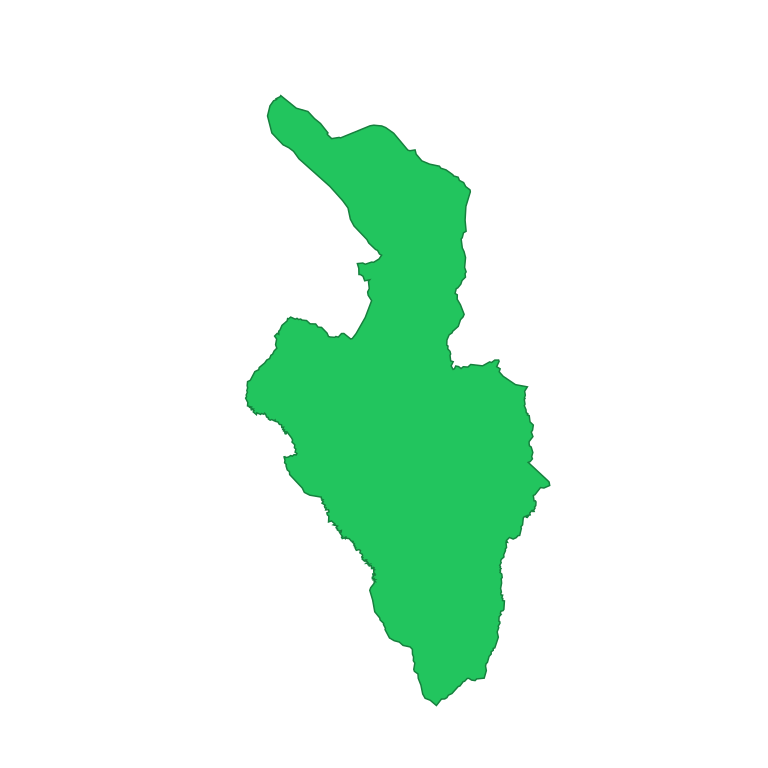 outline of Kishapu, Shinyanga, United Republic of Tanzania, rotated 43°
{"feature_id": "72390352B32869277898143", "entity_name": "Kishapu", "entity_type": "district", "adm_level": 2, "iso_a3": "TZA", "parent_name": "United Republic of Tanzania", "parent_adm1": "Shinyanga", "projection": "mercator", "projection_center": [33.788, -3.68], "detail": "fine", "context": "isolated", "style": "filled", "palette": "green", "viewbox_px": 768, "rotation_deg": 43, "n_neighbors": 0, "source": "geoboundaries", "source_scale": "gbopen_adm2", "svg_char_len": 6146}
<svg xmlns="http://www.w3.org/2000/svg" viewBox="0 0 768 768"><g transform="rotate(43 384 384)"><path d="M110.1,252.2L110.9,258.3L116.0,267.4L130.8,276.9L147.1,277.9L153.2,276.1L159.2,275.5L168.2,277.3L209.7,276.4L228.7,278.1L237.6,279.8L247.0,286.4L254.3,288.9L273.0,290.0L276.7,291.3L286.0,291.4L288.2,290.7L292.0,292.0L294.4,291.4L295.1,296.0L293.4,302.1L291.8,303.3L288.6,309.2L286.0,310.0L282.4,314.1L286.7,316.6L291.0,321.0L292.2,320.0L295.2,319.5L299.5,321.7L302.5,317.5L302.7,319.6L308.2,324.3L309.3,327.9L311.9,329.9L318.1,331.5L324.9,348.1L329.2,366.1L329.8,372.4L328.9,373.8L320.2,374.4L318.5,376.1L318.6,380.9L316.4,382.1L316.1,383.5L312.5,386.4L311.0,387.1L307.6,385.6L299.7,385.2L297.0,387.4L293.1,386.7L288.9,390.4L284.1,390.4L280.4,393.2L278.8,393.3L277.5,395.1L275.6,395.3L274.9,397.1L270.1,398.7L269.7,401.6L268.9,401.9L270.1,403.9L269.4,410.7L271.1,415.5L271.0,417.2L273.1,419.4L271.4,419.7L271.3,423.6L274.8,424.3L277.9,429.2L281.2,430.9L281.1,434.7L282.2,438.2L281.7,440.1L283.0,443.4L281.9,446.4L282.4,450.1L281.5,457.0L282.6,459.0L281.1,463.0L283.7,472.5L282.6,475.3L285.0,478.5L286.9,479.8L288.2,482.4L289.7,483.2L290.7,486.0L292.2,487.1L292.4,488.7L297.0,490.4L299.1,493.1L302.4,491.4L302.0,492.6L304.0,491.9L303.9,493.0L304.6,493.4L305.6,491.6L305.8,492.3L307.0,492.0L307.4,493.6L311.6,493.4L310.6,491.8L314.5,490.4L314.5,489.2L316.8,488.0L316.6,486.8L318.0,486.8L320.7,488.2L322.1,487.5L323.2,488.4L325.4,488.1L326.2,486.5L328.8,485.8L328.9,484.6L330.0,485.4L332.4,484.1L335.0,484.9L336.8,483.7L338.9,485.5L340.0,484.1L341.0,486.4L342.4,485.5L342.7,486.8L344.4,486.1L344.6,487.3L345.8,487.8L346.4,487.2L345.8,485.2L353.2,486.5L355.4,487.3L356.3,489.2L360.2,489.3L361.9,491.7L363.9,491.7L365.5,494.5L367.7,494.1L368.2,495.7L366.4,497.0L366.2,499.3L364.6,499.9L363.9,502.7L362.1,505.0L361.1,504.7L360.6,505.5L363.6,507.3L365.0,509.4L367.4,509.5L368.2,510.7L371.8,512.8L374.6,512.6L376.8,514.6L395.1,515.8L399.7,517.6L405.6,515.9L415.3,509.5L416.7,510.8L418.3,510.2L418.1,511.4L419.9,511.5L419.9,513.4L423.7,512.7L423.8,514.0L425.2,514.8L426.3,514.1L427.2,515.9L429.1,513.8L431.0,515.0L430.1,517.2L431.7,518.3L433.8,518.3L437.5,522.7L439.0,519.9L443.6,519.9L443.0,521.6L446.9,519.6L447.0,521.8L449.0,521.7L449.2,522.5L451.6,522.2L452.7,520.2L453.7,521.5L453.0,522.9L457.7,523.9L457.4,525.0L458.9,525.5L460.0,523.5L461.0,523.5L460.2,522.4L460.6,521.8L461.5,522.6L464.1,520.8L467.2,521.2L468.7,520.3L468.9,521.3L471.4,521.1L471.7,522.4L472.8,522.2L473.4,523.2L474.8,522.9L475.1,523.8L477.2,524.5L478.7,522.1L480.4,521.8L481.5,523.9L484.0,523.4L485.2,523.9L485.9,525.3L485.2,526.0L486.9,525.4L487.3,526.9L490.4,526.9L490.3,525.4L491.2,524.5L491.9,526.1L492.6,525.3L493.9,525.6L493.5,527.1L494.7,525.9L495.4,526.9L496.4,525.7L496.2,526.8L497.3,527.2L498.6,525.4L500.7,527.4L501.5,525.2L502.2,525.2L502.0,526.6L503.9,526.3L503.6,527.3L504.9,528.7L507.0,529.1L505.8,530.1L507.3,530.3L506.1,531.1L507.6,532.1L507.2,533.3L508.2,534.3L509.4,533.1L509.7,534.5L510.9,533.4L510.6,534.4L512.5,534.5L511.7,535.3L512.7,536.4L513.2,542.0L514.3,544.6L523.0,549.7L532.6,556.9L540.5,558.0L542.0,559.2L547.0,559.3L547.7,560.3L551.5,561.6L552.3,562.9L561.2,566.0L566.5,564.8L571.2,562.3L576.2,562.2L582.4,558.5L585.7,558.7L589.1,562.2L591.7,563.4L594.2,566.4L596.8,567.0L600.4,572.4L602.2,573.4L606.6,572.9L609.8,575.9L616.3,579.0L623.7,584.3L628.4,585.8L633.4,583.8L641.6,583.4L640.9,575.3L643.2,572.9L643.9,570.5L643.3,567.7L644.8,564.0L644.6,554.6L645.5,553.0L644.9,547.7L645.7,546.4L645.7,542.6L646.8,541.4L650.0,540.8L652.9,538.8L652.9,536.5L657.9,530.8L654.3,523.8L650.6,521.0L649.4,518.9L649.5,517.1L646.6,511.5L646.6,508.4L645.0,506.8L645.5,504.3L644.2,502.9L645.0,501.4L640.3,491.2L635.8,488.1L634.1,484.0L632.7,483.3L631.9,479.8L630.6,478.8L629.7,479.1L626.9,475.7L626.8,472.5L625.7,472.6L624.4,470.6L625.6,468.6L625.4,467.1L620.0,460.5L618.4,461.5L617.1,459.8L616.0,460.0L614.8,457.5L613.5,458.4L612.0,457.3L611.8,456.1L608.7,454.0L605.8,449.4L602.5,446.4L602.5,445.0L599.8,442.7L597.3,442.7L596.7,441.2L595.7,441.0L595.5,439.1L594.1,439.1L593.6,438.0L592.3,437.8L591.6,434.8L590.0,433.9L589.4,432.2L589.7,428.7L588.0,427.3L586.5,423.1L585.2,421.8L585.2,420.1L581.1,416.5L582.3,415.6L580.3,415.0L580.4,410.7L584.2,409.3L585.5,406.2L585.4,403.6L586.5,402.2L582.9,395.9L581.5,395.1L581.4,392.5L577.2,387.0L577.1,385.5L578.2,383.5L579.0,384.4L579.8,383.9L579.6,382.2L578.8,382.0L580.2,380.0L578.6,379.0L578.5,375.4L579.2,375.0L579.8,375.7L580.7,374.8L579.6,374.3L579.1,371.8L578.0,371.3L578.0,369.5L575.6,366.6L574.5,366.2L573.4,367.1L569.2,363.7L569.9,362.0L569.1,353.0L571.9,351.0L574.4,345.2L571.6,343.1L570.0,343.0L542.9,343.0L543.8,341.1L543.6,337.5L541.5,336.4L539.6,332.6L534.6,329.7L532.5,330.0L530.4,328.3L529.4,327.0L528.8,320.9L524.5,318.7L524.1,316.4L521.2,312.2L516.6,312.1L511.8,308.1L509.9,308.8L509.6,307.7L507.5,307.9L505.3,305.9L501.4,304.2L500.9,302.6L497.1,299.6L497.1,298.5L496.2,298.4L495.0,295.8L491.8,293.4L490.8,288.3L480.6,294.8L465.9,297.1L459.9,296.5L458.6,293.7L454.6,294.5L452.7,288.9L451.5,288.3L448.7,291.0L448.0,294.9L446.2,295.8L443.7,303.5L434.1,310.6L433.8,314.4L430.2,317.3L429.8,320.1L426.7,320.4L424.2,321.9L425.1,324.7L424.6,326.2L420.8,325.0L419.4,320.5L417.0,321.6L412.7,318.0L412.3,316.6L410.0,315.1L406.6,314.8L404.9,312.6L403.4,312.8L400.0,308.9L398.1,303.6L398.9,300.2L398.3,298.6L399.0,291.2L396.1,284.8L396.1,281.1L395.1,278.4L385.8,273.9L379.7,272.1L376.8,268.8L374.2,269.3L371.8,265.0L372.4,263.4L372.1,258.6L370.5,255.1L370.7,250.3L368.0,248.0L367.6,246.0L363.5,243.8L357.4,235.9L352.3,232.6L348.5,231.1L341.5,225.3L341.5,223.7L339.0,219.2L339.9,216.3L331.6,208.9L322.8,198.3L316.1,184.6L314.6,183.4L309.1,183.9L304.9,182.4L300.3,183.7L297.2,182.2L292.9,184.4L291.7,184.0L283.3,185.1L278.4,187.4L276.0,186.9L267.4,192.1L259.5,195.0L250.8,194.0L247.1,191.6L243.9,195.7L242.0,196.7L220.1,194.0L210.4,195.3L206.4,196.8L200.0,201.7L197.7,204.7L184.4,233.6L183.0,234.3L178.4,240.2L173.1,240.2L171.9,239.9L171.8,238.6L160.0,236.8L152.2,237.3L142.5,236.6L131.8,242.1L111.8,243.5L112.1,244.7L110.5,249.0L111.4,249.2L110.1,252.2Z" fill="#22c55e" stroke="#15803d" stroke-width="1.5"/></g></svg>